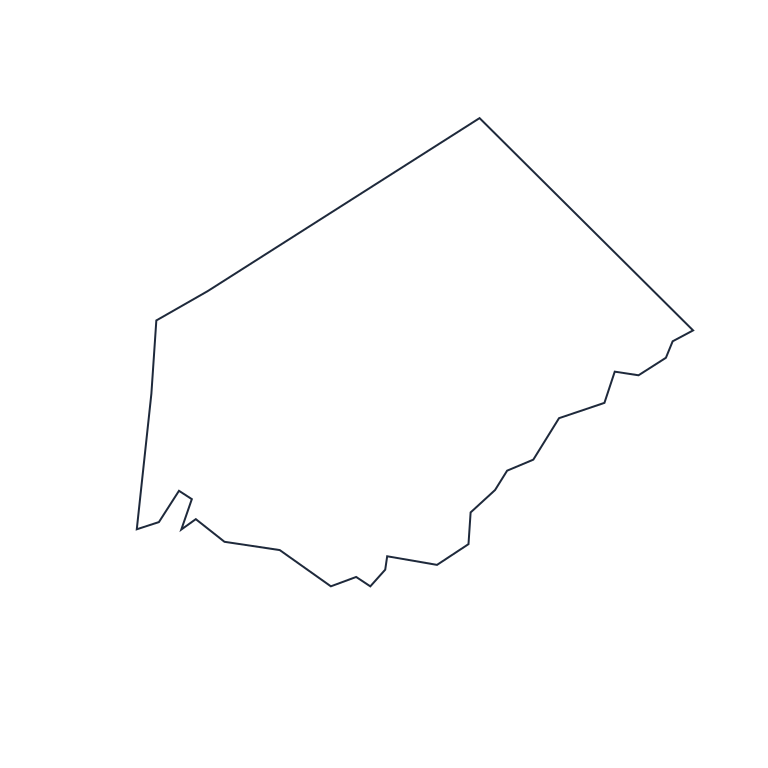 Jasper, Georgia, United States of America, rotated 236°
{"feature_id": "52423323B27475125151595", "entity_name": "Jasper", "entity_type": "district", "adm_level": 2, "iso_a3": "USA", "parent_name": "United States of America", "parent_adm1": "Georgia", "projection": "equal_earth", "projection_center": [-83.762, 33.329], "detail": "fine", "context": "isolated", "style": "outline", "palette": "slate", "viewbox_px": 768, "rotation_deg": 236, "n_neighbors": 0, "source": "geoboundaries", "source_scale": "gbopen_adm2", "svg_char_len": 537}
<svg xmlns="http://www.w3.org/2000/svg" viewBox="0 0 768 768"><g transform="rotate(236 384 384)"><path d="M248.9,599.9L248.1,632.4L258.0,647.2L255.6,670.2L551.0,611.9L559.6,289.8L564.0,230.8L506.0,185.7L401.8,97.8L395.4,120.2L410.1,154.3L396.0,160.3L376.7,134.6L377.2,152.4L342.4,163.5L304.6,204.7L246.0,226.8L239.6,253.0L223.9,259.5L229.4,281.2L239.4,290.3L204.4,326.8L204.0,364.5L229.1,384.0L234.0,416.8L243.3,437.6L237.8,465.5L257.8,510.0L245.1,556.2L265.2,582.2L248.9,599.9Z" fill="none" stroke="#1e293b" stroke-width="2"/></g></svg>